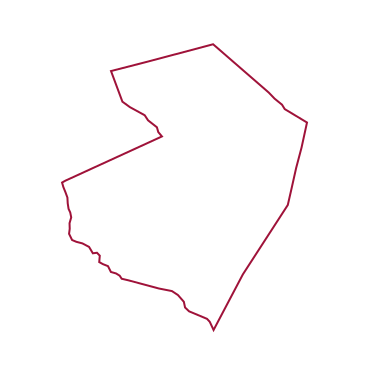 outline of Janduís, Rio Grande do Norte, Brazil, rotated 254°
{"feature_id": "56859067B51119981613675", "entity_name": "Janduís", "entity_type": "district", "adm_level": 2, "iso_a3": "BRA", "parent_name": "Brazil", "parent_adm1": "Rio Grande do Norte", "projection": "orthographic", "projection_center": [-37.487, -5.995], "detail": "fine", "context": "isolated", "style": "outline", "palette": "rose", "viewbox_px": 384, "rotation_deg": 254, "n_neighbors": 0, "source": "geoboundaries", "source_scale": "gbopen_adm2", "svg_char_len": 816}
<svg xmlns="http://www.w3.org/2000/svg" viewBox="0 0 384 384"><g transform="rotate(254 192 192)"><path d="M236.9,69.7L232.3,69.7L226.6,70.3L221.0,70.7L215.3,69.4L209.8,68.7L205.9,69.3L200.9,68.9L195.8,65.7L190.3,64.3L185.7,62.3L178.9,63.5L176.0,67.1L172.8,72.5L167.6,77.9L160.4,79.8L159.8,83.9L156.2,85.8L150.2,83.5L147.2,86.5L143.9,90.8L137.5,92.0L134.6,96.6L131.5,99.4L128.0,100.5L124.7,106.4L108.4,133.5L102.3,145.4L96.8,150.1L88.7,153.9L82.9,153.5L78.1,156.3L65.9,171.5L62.3,173.3L53.4,174.7L98.8,218.2L153.1,280.5L167.8,288.6L186.5,298.8L204.6,309.6L227.1,321.7L246.1,304.0L251.1,302.6L259.0,297.1L266.4,293.2L328.2,253.0L329.6,182.9L330.6,147.5L298.0,150.0L290.7,155.7L278.8,167.7L273.0,169.5L263.9,176.1L258.9,176.1L253.7,178.4L237.8,73.5L236.9,69.7Z" fill="none" stroke="#9f1239" stroke-width="2"/></g></svg>